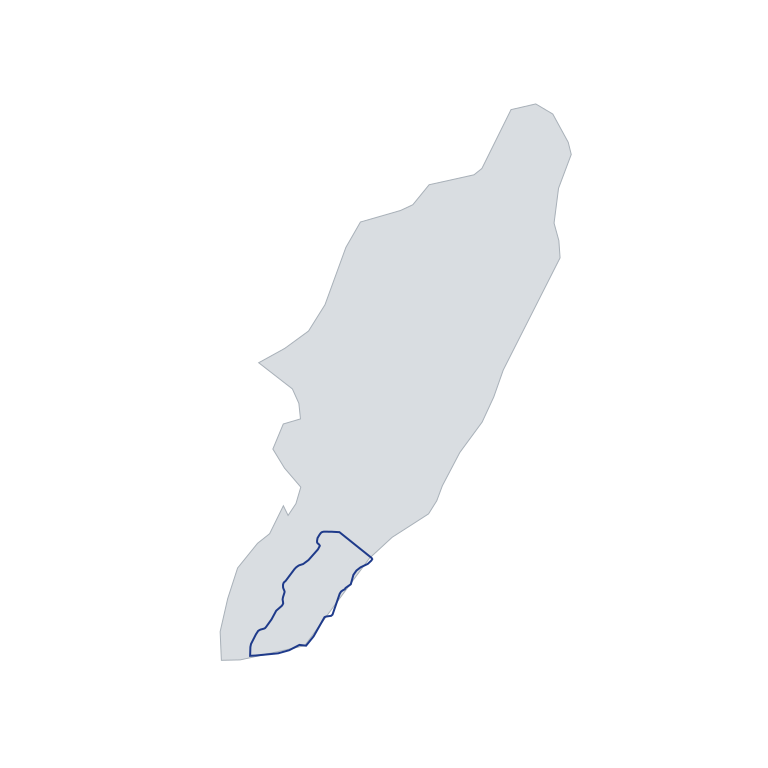 Portland highlighted on a map of Jamaica, rotated 109°
{"feature_id": "JAM-1378", "entity_name": "Portland", "entity_type": "Parish", "adm_level": 1, "iso_a3": "JAM", "parent_name": "Jamaica", "parent_adm1": "", "projection": "mercator", "projection_center": [-76.532, 18.127], "detail": "fine", "context": "in_parent", "style": "outline", "palette": "blue", "viewbox_px": 768, "rotation_deg": 109, "n_neighbors": 0, "source": "natural_earth", "source_scale": "10m", "svg_char_len": 1724}
<svg xmlns="http://www.w3.org/2000/svg" viewBox="0 0 768 768"><g transform="rotate(109 384 384)"><path d="M388.0,278.8L424.0,290.0L461.2,295.7L477.2,296.1L492.3,299.6L526.3,326.4L553.6,341.1L657.2,373.8L691.7,430.2L698.2,447.8L671.5,458.3L637.8,461.9L605.6,462.5L575.8,451.7L562.8,443.4L531.9,439.5L539.5,431.9L525.8,428.3L508.6,429.1L495.9,450.7L481.7,467.9L454.6,466.2L444.2,451.6L430.0,458.2L418.5,469.0L404.7,509.4L382.6,489.4L358.5,472.6L328.3,465.6L267.2,464.5L238.5,459.0L214.5,424.8L205.1,415.1L180.9,406.2L156.9,367.0L148.3,361.6L83.2,353.2L69.8,331.7L73.8,312.3L95.5,288.5L106.0,281.7L142.1,282.7L176.5,275.6L191.6,265.3L207.4,258.6L331.9,275.8L360.6,276.0L388.0,278.8Z" fill="#d9dde1" stroke="#a8b0b8" stroke-width="1"/><path d="M553.4,338.1L555.1,338.5L559.4,340.8L565.0,346.5L569.3,349.3L574.4,350.8L584.2,350.2L589.3,353.9L590.9,354.3L592.4,355.7L594.2,357.0L596.7,357.6L618.8,357.6L620.4,358.5L622.7,363.0L623.8,364.3L645.5,368.4L656.8,372.5L658.2,379.0L666.6,387.0L673.1,396.4L682.6,417.1L684.6,422.1L676.2,424.7L673.1,425.1L662.4,423.6L658.4,422.6L657.2,421.6L656.4,420.8L654.5,418.0L654.0,417.4L653.4,416.9L651.8,416.3L643.1,413.7L633.4,412.1L627.0,408.4L625.5,408.0L624.3,407.9L622.8,408.6L620.8,409.7L619.8,409.9L618.3,410.1L614.1,410.2L612.9,410.3L612.2,410.7L611.6,411.2L610.3,412.4L609.2,413.2L606.8,414.1L605.4,414.2L604.3,414.1L602.2,412.9L588.2,408.4L586.0,407.4L584.0,406.0L583.4,405.5L582.9,405.0L580.6,401.9L575.1,398.1L561.8,392.6L557.9,392.0L557.4,392.5L556.9,393.1L556.3,394.7L555.7,395.6L554.3,396.2L551.3,396.7L547.5,395.9L545.6,395.3L544.5,394.7L543.6,393.5L543.2,392.8L540.6,385.0L540.4,384.2L538.6,377.9L552.5,339.1L553.4,338.1Z" fill="none" stroke="#1e3a8a" stroke-width="2"/></g></svg>